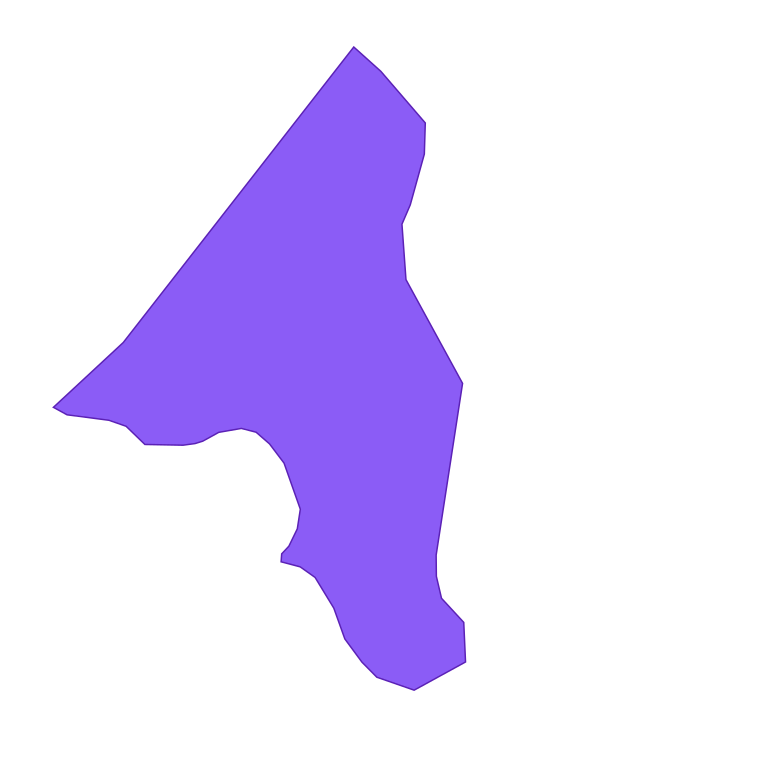 the border of Radlje ob Dravi, rotated 311°
{"feature_id": "SVN-981", "entity_name": "Radlje ob Dravi", "entity_type": "Municipality", "adm_level": 1, "iso_a3": "SVN", "parent_name": "Slovenia", "parent_adm1": "", "projection": "orthographic", "projection_center": [15.216, 46.586], "detail": "fine", "context": "isolated", "style": "filled", "palette": "violet", "viewbox_px": 768, "rotation_deg": 311, "n_neighbors": 0, "source": "natural_earth", "source_scale": "10m", "svg_char_len": 651}
<svg xmlns="http://www.w3.org/2000/svg" viewBox="0 0 768 768"><g transform="rotate(311 384 384)"><path d="M149.5,149.8L244.2,160.0L618.5,140.1L617.9,176.5L608.1,243.9L584.0,263.6L536.4,286.3L516.4,292.7L477.2,332.1L436.0,442.9L289.1,535.6L273.2,549.7L260.0,568.0L256.4,600.6L227.7,627.9L172.7,607.6L158.0,571.0L159.6,549.9L165.9,521.7L181.9,493.2L192.8,458.9L191.0,440.7L182.3,423.0L188.7,418.2L199.2,418.6L217.8,413.6L234.6,403.0L258.7,360.5L263.7,336.9L263.7,319.1L256.9,305.5L239.1,291.0L221.9,284.7L215.1,280.5L206.0,272.5L181.5,243.2L182.9,217.1L176.1,200.1L152.8,165.0L149.5,149.8Z" fill="#8b5cf6" stroke="#5b21b6" stroke-width="1.5"/></g></svg>